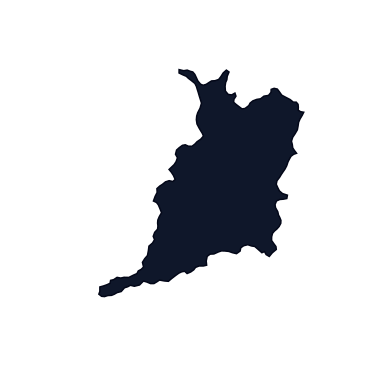 Aricanduva, Minas Gerais, Brazil, rotated 228°
{"feature_id": "56859067B1049377795144", "entity_name": "Aricanduva", "entity_type": "district", "adm_level": 2, "iso_a3": "BRA", "parent_name": "Brazil", "parent_adm1": "Minas Gerais", "projection": "albers", "projection_center": [-42.597, -17.855], "detail": "fine", "context": "isolated", "style": "filled", "palette": "ink", "viewbox_px": 384, "rotation_deg": 228, "n_neighbors": 0, "source": "geoboundaries", "source_scale": "gbopen_adm2", "svg_char_len": 3025}
<svg xmlns="http://www.w3.org/2000/svg" viewBox="0 0 384 384"><g transform="rotate(228 192 192)"><path d="M183.1,60.0L179.8,57.0L178.4,54.4L175.0,55.0L172.8,57.0L171.4,60.1L169.0,63.1L168.0,65.9L167.4,68.9L165.4,72.8L166.0,77.7L164.6,80.8L163.9,83.8L160.5,86.1L158.0,90.8L158.3,96.3L155.3,98.2L151.7,99.9L149.4,102.5L148.7,106.1L148.3,108.9L144.3,112.0L141.4,114.7L141.3,118.8L140.9,124.1L140.5,127.9L139.6,130.9L138.0,133.5L134.7,133.8L133.4,137.6L133.0,141.2L133.6,144.2L132.2,147.9L129.5,150.8L127.8,153.9L131.2,156.4L134.0,160.2L133.7,163.9L131.3,166.8L129.8,171.5L128.5,174.5L126.1,177.0L123.2,179.6L119.9,181.4L116.4,183.8L115.9,188.2L117.9,190.9L117.5,194.4L115.5,198.2L112.1,200.1L109.5,202.2L105.5,202.7L100.1,203.3L99.2,206.0L95.9,205.2L92.4,206.3L93.1,211.0L92.9,216.2L95.3,217.9L98.5,218.2L102.7,218.7L105.4,221.2L107.4,224.2L107.8,227.1L107.7,230.4L108.1,233.7L109.3,237.0L111.4,239.1L114.4,240.2L117.1,240.9L119.8,242.5L124.5,243.6L127.1,245.3L128.8,248.8L127.7,252.2L125.5,255.1L123.7,258.1L125.8,260.8L130.3,258.2L134.3,257.7L137.7,258.6L141.4,259.8L143.5,262.7L144.3,266.9L145.3,270.2L146.0,273.0L146.8,276.4L148.1,279.9L150.2,283.6L151.3,286.5L152.3,289.5L152.0,292.8L150.8,295.6L154.3,295.9L157.4,296.4L160.3,298.4L163.2,299.9L165.3,303.5L166.3,307.5L167.7,311.9L170.0,314.9L172.5,317.9L174.0,321.2L175.2,325.1L176.5,328.4L179.1,326.4L181.8,325.7L183.9,327.8L186.2,329.5L189.0,329.6L191.0,327.4L195.0,326.8L199.5,325.1L203.9,323.5L208.1,324.0L211.4,324.3L214.1,322.4L215.3,319.5L213.2,317.4L212.6,313.5L215.1,309.6L215.4,305.3L217.5,302.1L219.0,298.2L219.2,294.7L218.2,292.0L218.6,287.3L220.3,284.8L223.2,284.2L227.5,283.4L230.8,283.0L232.8,285.1L233.8,288.8L236.8,290.1L237.6,286.5L240.3,284.2L244.7,284.4L248.4,287.3L250.9,290.3L252.1,293.0L254.4,295.6L256.4,299.8L259.6,299.1L259.6,294.8L258.4,290.6L257.8,287.1L259.3,283.6L261.5,280.8L262.0,277.9L262.5,274.6L263.9,271.7L266.4,270.5L270.7,270.7L274.2,271.8L277.5,272.8L280.7,272.9L283.0,271.4L285.8,270.0L287.7,267.0L291.6,264.3L289.1,262.0L285.4,263.5L281.8,265.2L278.8,265.4L275.7,266.0L270.7,266.8L267.5,265.9L265.0,264.7L262.3,263.5L258.6,261.7L254.9,260.0L251.7,258.5L248.9,254.1L247.1,249.3L245.3,246.3L242.8,243.6L239.2,241.2L234.9,240.1L231.4,239.4L228.6,238.9L225.9,237.9L225.4,233.7L226.0,229.6L225.7,226.2L226.0,222.6L228.4,220.0L231.6,218.6L233.1,216.1L233.5,212.2L233.5,208.6L231.1,205.0L227.2,204.1L225.2,200.5L224.3,197.0L224.2,193.3L224.1,190.0L220.7,189.9L216.8,189.3L212.6,187.9L212.6,184.8L215.7,182.6L217.3,179.1L217.5,175.0L218.0,172.2L218.0,168.2L215.0,165.8L213.4,161.6L211.1,157.3L208.0,158.6L205.0,158.4L200.7,156.9L197.0,155.5L195.6,151.2L194.0,147.8L191.9,145.6L189.5,143.9L187.4,141.5L187.0,137.3L185.0,133.5L181.7,132.3L180.5,128.6L180.6,123.8L177.5,120.2L174.6,116.4L174.1,112.3L172.9,108.1L168.7,105.8L168.5,102.6L169.3,99.3L168.2,96.5L169.4,92.9L170.8,87.9L174.1,84.4L175.7,81.5L178.7,79.2L179.3,75.1L180.8,72.4L179.0,70.0L180.0,66.8L181.4,63.4L183.1,60.0Z" fill="#0f172a" stroke="#020617" stroke-width="1.5"/></g></svg>